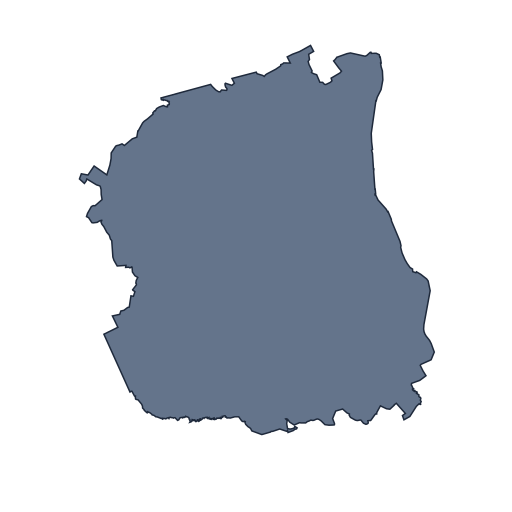 Remtes pag., Brocenu, Latvia, rotated 257°
{"feature_id": "27541924B53192236746311", "entity_name": "Remtes pag.", "entity_type": "district", "adm_level": 2, "iso_a3": "LVA", "parent_name": "Latvia", "parent_adm1": "Brocenu", "projection": "orthographic", "projection_center": [22.675, 56.753], "detail": "fine", "context": "isolated", "style": "filled", "palette": "slate", "viewbox_px": 512, "rotation_deg": 257, "n_neighbors": 0, "source": "geoboundaries", "source_scale": "gbopen_adm2", "svg_char_len": 6049}
<svg xmlns="http://www.w3.org/2000/svg" viewBox="0 0 512 512"><g transform="rotate(257 256 256)"><path d="M76.2,285.2L74.7,289.1L73.8,294.1L74.0,294.5L75.1,294.8L80.4,294.1L87.0,298.8L87.4,306.0L82.7,309.3L81.0,311.5L79.9,311.0L77.5,311.7L73.8,315.8L73.1,317.1L72.8,318.2L72.8,320.5L72.5,321.3L68.9,323.1L67.3,325.2L67.3,326.2L67.7,327.5L68.5,327.9L70.3,327.9L70.2,329.3L69.9,330.5L70.1,331.0L74.6,336.1L75.3,337.3L74.9,338.0L76.5,338.6L82.0,343.5L77.8,348.8L76.6,352.0L79.6,357.2L79.9,357.2L80.9,359.6L69.0,366.1L67.6,362.8L63.1,363.3L65.0,369.8L73.5,378.5L75.3,381.6L74.4,382.6L74.4,383.0L75.6,383.1L77.0,384.2L78.5,383.7L80.3,384.6L81.3,384.4L81.6,383.7L82.4,383.1L84.1,383.5L86.1,381.4L86.4,381.5L86.3,382.2L87.3,382.3L88.3,380.8L89.1,380.5L88.6,379.9L89.4,379.7L89.3,379.1L90.5,378.4L90.9,378.5L90.6,379.0L91.3,379.7L91.7,379.2L94.9,378.6L95.3,378.3L96.9,378.9L98.0,387.7L101.1,394.7L106.3,392.9L112.5,391.4L113.3,392.3L115.5,403.3L122.3,408.1L131.3,407.0L134.8,406.1L139.6,403.8L142.1,403.0L144.5,402.7L147.1,402.9L151.4,404.2L183.0,417.9L192.9,418.1L195.3,417.1L201.1,412.4L204.5,408.8L203.7,408.1L205.5,405.2L208.1,405.6L210.1,403.5L214.7,401.6L219.0,400.3L226.2,399.0L231.9,398.9L233.4,399.6L237.9,399.6L259.7,395.9L261.4,396.1L269.5,394.7L269.3,394.3L272.5,393.3L283.1,387.5L288.2,386.4L288.3,385.8L289.6,385.8L289.6,386.6L294.4,387.2L294.4,386.9L311.6,389.6L314.1,390.4L314.1,390.0L330.0,392.6L333.0,392.4L333.6,393.5L341.0,394.3L349.6,395.9L380.2,407.7L380.0,408.0L383.4,409.8L390.0,415.3L399.0,419.2L407.9,420.8L412.2,420.5L416.0,420.8L415.9,421.4L421.9,421.8L421.9,421.3L424.4,421.4L426.5,418.7L427.5,413.9L428.6,413.9L428.8,413.2L426.5,409.1L426.1,407.3L432.6,393.7L432.7,390.2L431.5,379.9L431.6,379.7L429.5,377.1L428.6,375.5L420.5,379.0L416.9,380.9L415.5,379.0L412.4,369.2L409.6,369.4L408.5,367.6L407.4,362.6L407.9,361.3L410.2,360.0L410.9,357.3L419.0,355.9L420.7,353.1L422.3,351.3L423.7,352.3L430.6,350.7L433.9,350.6L435.4,352.3L440.7,352.7L442.4,358.2L448.9,356.5L445.4,344.4L444.4,336.9L443.0,331.2L436.3,332.8L437.9,326.4L437.2,325.3L436.9,323.2L435.7,322.8L433.5,317.1L431.0,307.6L430.4,306.1L429.1,304.4L430.4,303.2L433.4,298.0L435.1,297.6L434.4,272.5L429.2,273.8L427.7,270.9L431.2,265.1L430.7,264.5L429.2,264.3L427.4,264.4L425.8,265.3L424.5,265.1L424.0,264.5L425.5,259.8L424.0,257.9L424.5,256.5L426.6,254.3L431.0,251.5L433.4,250.4L431.4,199.0L429.7,198.9L429.0,199.7L429.5,200.7L428.5,201.0L428.7,201.7L428.6,202.1L427.6,203.6L427.5,204.4L426.5,204.7L426.4,205.9L425.7,206.2L424.9,205.6L423.8,205.8L423.1,205.5L422.9,203.6L421.3,203.3L421.4,202.7L422.3,201.1L423.5,199.6L422.9,195.1L422.0,192.3L420.1,190.6L420.3,189.8L418.6,187.6L417.5,187.7L414.0,181.1L412.4,177.3L411.2,175.5L404.3,169.3L404.4,169.0L398.6,166.6L398.0,161.8L393.3,152.6L395.4,150.7L394.9,147.5L394.9,145.1L394.6,144.0L389.0,138.1L383.5,136.7L377.5,134.1L368.6,128.9L380.1,118.5L372.7,110.5L375.4,104.3L370.8,101.3L365.3,105.1L367.3,107.4L369.1,108.5L361.2,116.6L359.5,119.5L358.8,119.9L355.6,120.0L350.7,119.0L345.6,118.7L341.2,110.5L341.7,108.7L341.2,106.7L335.4,101.4L332.5,99.7L331.0,101.5L325.4,103.6L324.9,104.8L324.5,108.8L325.5,111.8L325.5,113.7L325.2,113.7L324.1,112.6L321.6,113.0L318.9,114.3L312.8,115.9L309.3,117.7L305.3,118.0L303.4,118.9L287.2,116.3L283.8,116.6L277.5,118.5L276.1,127.2L274.2,126.4L273.7,129.4L272.8,130.5L273.3,132.5L272.9,132.7L268.1,132.0L264.0,133.6L261.7,136.0L259.1,133.8L256.6,132.8L256.1,133.1L254.8,133.0L250.9,128.2L250.4,128.3L248.5,130.0L244.3,127.5L245.3,125.2L234.7,121.0L234.7,119.3L232.8,115.1L232.8,111.9L229.8,110.1L229.9,102.6L217.6,105.4L214.0,90.2L151.8,102.6L152.3,104.0L152.1,104.7L146.9,106.1L146.6,106.4L146.6,107.0L145.3,106.6L143.7,106.5L143.2,107.0L142.4,108.7L137.4,111.2L135.4,111.6L133.3,111.3L131.5,112.4L130.8,112.4L127.8,114.5L127.6,114.8L127.8,115.2L128.6,115.4L127.1,117.4L125.2,118.9L124.6,119.0L123.7,120.7L121.8,122.3L121.5,123.4L119.2,126.8L119.0,127.8L118.8,127.6L118.0,128.3L118.5,129.5L118.2,130.6L117.7,131.1L117.9,131.9L117.7,132.3L118.0,132.5L118.2,133.7L118.2,134.1L117.2,134.6L118.2,135.3L118.0,136.0L118.1,136.5L117.6,137.1L117.1,138.6L116.6,139.1L116.8,139.8L116.7,140.7L113.5,142.6L113.7,143.1L113.6,143.7L115.5,145.7L115.4,147.3L114.8,148.0L115.3,148.5L114.9,149.2L115.2,149.5L114.9,149.9L115.2,150.3L115.0,150.9L115.6,151.5L115.0,151.9L115.0,152.5L113.8,154.0L112.9,154.3L112.3,154.1L111.6,154.7L111.1,154.4L109.4,154.7L108.9,154.2L109.0,155.5L109.5,155.9L109.4,156.3L111.0,157.0L110.4,158.1L109.8,158.0L109.7,158.3L110.2,158.8L110.2,159.4L109.6,159.3L109.3,159.8L108.5,159.7L108.1,160.2L108.5,161.1L109.6,162.1L109.5,162.6L108.4,162.2L108.3,162.7L107.7,163.0L107.8,163.4L108.4,163.7L108.4,164.5L108.8,164.3L109.8,164.4L109.8,165.0L109.5,164.9L109.3,165.5L108.8,165.9L109.3,167.1L110.0,167.4L110.0,168.7L109.6,168.9L110.0,169.3L109.9,169.7L110.1,171.0L109.1,171.9L109.8,172.0L109.8,172.3L108.9,172.8L109.2,173.8L107.9,173.6L107.7,174.0L108.1,174.1L107.9,174.6L108.0,175.0L107.7,175.5L107.0,175.3L106.8,175.6L107.5,176.6L107.4,177.2L106.4,177.5L106.4,177.9L107.6,178.3L107.7,178.8L106.0,179.2L106.2,179.5L106.0,180.5L106.8,181.2L106.4,182.2L106.7,182.6L106.2,183.3L106.3,183.8L106.1,184.0L106.4,184.7L105.5,185.0L105.4,185.5L105.8,185.8L106.1,185.3L106.6,185.3L106.3,185.9L106.3,186.8L106.4,187.1L106.8,186.8L107.3,187.0L106.9,187.7L107.3,187.9L107.4,189.4L107.1,190.1L105.9,189.9L105.9,190.8L104.8,191.1L104.6,191.5L104.6,192.3L103.9,194.5L104.1,199.2L103.2,203.0L98.5,205.0L97.6,206.0L97.4,206.8L97.6,207.5L97.0,208.3L96.2,207.8L94.3,208.1L91.5,209.8L90.0,211.3L88.9,212.0L86.5,212.6L80.7,221.5L81.2,230.6L81.7,231.2L81.4,232.9L82.1,240.2L78.3,246.4L78.9,247.4L76.8,247.5L77.5,253.0L78.4,255.0L78.4,256.6L79.3,257.4L81.2,255.5L79.8,254.4L79.6,252.2L79.7,250.2L80.8,247.9L85.8,248.2L88.7,249.4L90.6,248.2L90.7,248.7L89.9,250.0L86.5,251.5L83.0,254.9L82.9,256.0L83.8,260.9L83.2,262.4L82.2,266.9L83.1,268.8L83.3,270.9L83.7,272.0L83.7,272.7L83.0,274.3L82.9,275.4L83.4,278.0L83.4,279.1L82.7,280.5L80.8,282.3L76.2,285.2Z" fill="#64748b" stroke="#1e293b" stroke-width="1.5"/></g></svg>